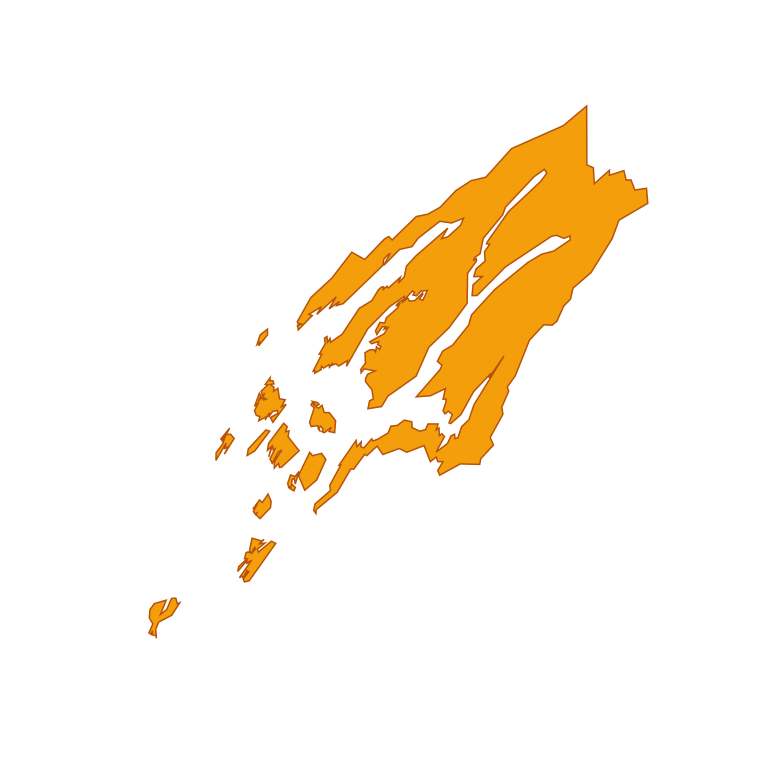 the district of Rødøy nor, Nordland, Norway, rotated 312°
{"feature_id": "86288312B63422016976384", "entity_name": "Rødøy nor", "entity_type": "district", "adm_level": 2, "iso_a3": "NOR", "parent_name": "Norway", "parent_adm1": "Nordland", "projection": "robinson", "projection_center": [13.227, 66.575], "detail": "fine", "context": "isolated", "style": "filled", "palette": "amber", "viewbox_px": 768, "rotation_deg": 312, "n_neighbors": 0, "source": "geoboundaries", "source_scale": "gbopen_adm2", "svg_char_len": 6161}
<svg xmlns="http://www.w3.org/2000/svg" viewBox="0 0 768 768"><g transform="rotate(312 384 384)"><path d="M460.4,271.9L428.0,274.4L399.2,271.8L372.2,277.9L371.3,279.9L374.1,283.0L369.5,280.5L366.8,284.1L386.9,284.9L385.5,281.5L399.6,285.7L390.7,287.5L416.7,290.2L403.0,292.9L415.6,295.7L410.7,296.3L416.4,299.9L471.5,303.8L476.4,300.4L482.7,300.4L484.5,301.3L472.0,304.4L494.5,305.6L504.8,312.9L515.0,311.8L542.3,316.6L548.9,326.5L560.5,332.2L553.1,334.7L536.2,333.0L530.6,329.6L542.5,327.1L500.6,322.0L486.7,321.8L477.3,327.3L468.6,327.2L474.4,324.7L458.4,323.1L458.7,320.8L453.9,320.2L455.9,318.7L454.5,317.3L450.3,316.8L437.9,319.2L423.7,315.0L393.0,319.6L379.2,316.4L381.8,313.4L377.3,314.0L381.1,309.9L378.4,309.1L374.5,313.4L362.8,315.9L364.5,317.8L346.1,322.8L347.6,323.7L345.6,325.3L352.7,327.7L355.3,325.7L355.5,328.6L361.5,330.1L359.9,332.3L365.4,331.7L363.4,332.9L366.8,334.7L367.0,338.3L377.1,341.2L372.0,344.3L414.0,335.0L445.2,336.4L462.6,340.5L459.8,342.8L472.2,342.9L472.6,345.3L469.5,346.0L471.2,349.1L477.7,349.3L482.6,353.6L472.2,356.9L470.9,353.4L476.5,352.9L477.5,351.7L466.7,351.1L462.7,347.7L463.7,344.1L457.4,343.1L459.2,341.7L454.6,340.5L449.8,340.5L453.7,342.1L449.2,343.2L434.8,341.5L429.8,343.7L427.1,339.8L417.8,342.1L416.0,345.6L425.2,344.4L427.7,346.9L424.7,347.4L428.7,349.2L421.4,350.5L405.8,345.1L405.6,347.8L412.1,351.6L409.0,352.8L409.9,356.4L406.8,357.7L406.6,353.5L402.2,356.3L402.8,353.6L399.5,350.4L394.5,348.9L387.0,356.3L379.3,357.0L377.0,359.5L381.9,359.1L387.8,368.6L380.3,365.3L375.7,366.7L373.4,368.6L371.6,378.9L365.8,386.1L361.9,384.5L354.9,388.6L365.6,397.3L377.6,395.0L411.3,402.6L441.4,392.7L469.2,394.7L499.6,391.8L522.1,372.1L537.5,370.4L538.8,368.7L535.3,367.8L539.4,366.8L545.0,368.3L558.6,360.3L589.1,359.0L596.9,355.9L638.7,356.8L650.8,359.6L649.6,363.9L639.4,364.9L595.6,361.2L559.0,365.6L556.8,366.4L558.6,369.1L549.5,370.2L543.1,376.9L531.1,375.4L523.9,378.9L529.6,385.1L517.3,383.8L508.6,390.3L511.9,393.9L552.4,395.9L605.7,409.6L609.9,412.6L612.6,420.2L618.5,423.2L615.5,425.9L596.5,421.2L585.7,414.2L570.6,409.6L528.6,403.1L493.9,402.8L484.5,407.5L458.9,409.0L447.6,405.6L436.6,408.5L436.6,414.6L432.2,416.0L396.1,416.6L406.4,426.4L421.7,432.7L412.2,438.1L414.4,440.1L412.1,442.1L403.6,445.8L402.6,449.4L406.8,449.9L407.0,455.1L398.6,458.3L399.3,460.1L412.7,461.6L438.1,455.7L463.7,456.3L458.6,457.9L485.1,454.4L428.8,464.7L414.3,471.0L404.2,470.3L393.6,474.8L390.9,473.3L394.0,470.0L390.3,468.5L382.1,471.0L368.3,468.3L385.5,464.1L385.7,460.3L382.7,459.6L388.1,454.3L385.0,453.5L390.5,450.9L383.7,443.4L378.0,445.4L372.9,442.3L370.4,434.2L374.5,430.0L370.8,423.3L362.1,421.6L357.3,417.3L350.5,419.8L338.5,416.2L334.2,413.8L335.1,411.6L323.0,411.8L321.8,408.7L325.8,405.8L319.2,405.9L323.4,401.0L293.5,404.9L294.9,406.1L272.3,411.5L269.1,415.5L248.8,413.0L243.0,416.3L242.2,420.1L245.2,417.7L272.2,421.7L298.6,416.2L300.5,418.5L318.7,416.7L319.3,419.2L333.2,420.4L330.8,430.3L346.3,438.6L348.5,446.6L365.0,455.0L357.3,470.4L364.6,471.7L362.3,475.9L365.7,479.7L355.6,481.9L353.5,486.4L375.7,494.2L388.3,508.9L393.2,505.9L411.9,506.2L415.3,498.7L441.1,492.6L445.7,487.0L462.2,481.4L464.3,477.6L477.8,476.1L513.8,462.8L534.9,463.1L540.2,469.6L546.4,470.5L562.0,465.4L571.9,465.8L581.7,460.3L605.2,463.3L644.7,456.3L663.0,449.0L694.8,459.1L705.1,448.1L696.0,440.6L700.9,431.1L697.7,427.3L703.1,419.5L689.9,411.8L693.7,408.5L673.5,406.3L684.8,394.9L682.6,388.1L726.2,348.6L696.0,344.4L644.4,321.3L605.8,321.3L593.2,312.6L575.7,308.0L553.1,307.5L539.6,303.0L530.0,295.9L496.4,293.7L496.8,288.8L491.8,287.3L463.6,286.4L460.4,271.9ZM312.4,295.2L304.3,296.0L305.6,298.2L296.6,297.5L294.1,301.3L296.1,301.7L293.0,303.2L294.1,306.6L291.6,305.3L292.1,302.0L286.9,302.2L292.6,300.6L293.8,297.5L280.7,302.8L286.6,303.2L277.5,305.6L275.2,310.1L276.8,313.5L272.8,315.5L281.3,318.6L277.7,319.7L286.0,318.2L282.2,320.3L289.0,319.6L292.9,322.4L291.3,324.8L283.0,322.0L281.2,327.1L303.5,324.9L298.6,323.0L306.2,321.1L303.1,316.2L309.8,308.0L304.7,306.8L308.0,304.4L307.4,299.7L310.4,302.1L312.1,299.4L310.1,296.8L312.4,295.2ZM287.7,335.7L262.8,337.9L256.7,341.8L262.3,342.3L252.7,347.1L263.7,342.2L260.8,345.9L262.6,346.4L252.0,349.4L250.3,354.0L262.5,351.1L266.7,352.1L252.6,354.7L248.2,358.7L254.4,358.8L252.0,362.2L253.9,363.6L277.6,365.6L280.7,347.9L285.6,344.8L282.7,342.8L287.5,340.6L287.7,335.7ZM193.1,410.2L191.8,405.5L175.0,403.1L176.6,400.4L186.2,402.0L182.0,398.3L188.3,398.9L185.5,398.1L181.1,389.1L169.4,396.0L170.2,398.5L176.0,397.2L175.8,398.8L169.9,399.1L167.9,395.0L166.1,394.4L160.8,397.2L162.6,399.2L151.1,398.2L146.8,400.7L161.0,400.3L159.0,402.1L164.6,403.5L143.3,406.2L146.3,407.2L145.6,409.2L154.4,406.7L151.1,408.4L154.9,409.0L144.9,409.9L143.5,412.7L147.5,415.5L193.1,410.2ZM283.5,374.5L258.8,381.7L252.0,396.2L267.7,398.2L289.0,391.3L290.7,384.1L282.9,378.8L283.5,374.5ZM84.8,378.6L82.4,377.5L85.5,372.6L82.5,369.6L71.0,373.4L63.2,372.1L77.6,366.8L67.3,360.3L59.7,361.0L53.1,366.2L51.1,372.7L41.8,375.8L42.1,378.3L45.9,377.1L42.5,379.5L44.4,383.1L42.6,385.0L49.3,378.3L56.4,375.9L70.1,381.0L84.8,378.6ZM323.2,342.4L322.3,347.2L321.5,343.3L319.5,343.9L319.7,348.0L305.8,354.3L303.6,358.2L308.9,362.9L306.8,364.9L306.1,368.5L307.5,365.1L310.3,365.2L309.5,369.4L307.0,369.6L307.9,372.3L316.7,373.8L311.9,374.9L314.8,379.9L324.3,372.6L326.1,362.5L322.8,358.6L326.7,352.2L322.0,351.4L321.8,348.0L325.4,349.5L325.7,347.0L323.2,342.4ZM214.6,369.1L203.2,370.2L211.2,369.9L201.9,372.2L201.1,375.5L204.2,375.8L201.1,376.2L201.1,382.0L216.1,382.4L221.2,378.7L224.6,371.5L214.5,372.9L214.6,369.1ZM248.0,298.8L233.3,299.6L236.2,301.0L233.4,301.6L233.8,302.2L238.9,300.1L240.5,300.5L231.1,304.3L220.7,305.2L214.8,310.2L234.4,306.2L229.6,308.7L232.9,310.0L225.0,312.3L243.3,309.1L244.0,303.4L240.7,300.7L248.0,298.8ZM270.8,327.0L245.0,326.6L239.3,330.1L247.8,332.8L272.5,330.6L270.8,327.0ZM253.9,375.4L245.7,378.9L243.4,382.3L246.4,383.3L243.3,383.9L244.3,388.6L247.8,387.3L247.9,382.2L251.4,379.7L253.8,380.3L250.3,385.0L262.1,379.3L255.9,379.9L253.9,375.4ZM337.6,259.1L328.4,263.2L331.6,263.5L328.4,265.3L342.5,264.6L346.8,260.7L337.6,259.1Z" fill="#f59e0b" stroke="#b45309" stroke-width="1.5"/></g></svg>